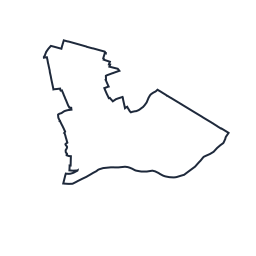 outline of Borcea, Calarasi, Romania, rotated 14°
{"feature_id": "2599482B41605099855928", "entity_name": "Borcea", "entity_type": "district", "adm_level": 2, "iso_a3": "ROU", "parent_name": "Romania", "parent_adm1": "Calarasi", "projection": "natural_earth1", "projection_center": [27.773, 44.309], "detail": "fine", "context": "isolated", "style": "outline", "palette": "slate", "viewbox_px": 256, "rotation_deg": 14, "n_neighbors": 0, "source": "geoboundaries", "source_scale": "gbopen_adm2", "svg_char_len": 5108}
<svg xmlns="http://www.w3.org/2000/svg" viewBox="0 0 256 256"><g transform="rotate(14 128 128)"><path d="M91.9,191.8L92.1,191.6L96.2,188.1L98.9,185.9L99.4,185.5L99.7,185.2L100.6,184.3L103.2,181.8L104.2,180.8L105.0,180.0L107.8,177.5L109.0,175.9L110.1,175.0L113.6,172.9L120.9,170.3L128.1,168.6L134.5,166.3L137.2,166.0L139.2,166.1L141.9,166.5L145.0,167.3L145.3,167.3L146.0,167.4L149.4,167.2L151.6,167.0L154.3,166.3L157.0,165.6L162.0,163.5L164.8,163.5L168.6,164.3L169.4,164.6L169.9,164.8L170.7,165.0L172.2,165.4L173.5,165.7L174.3,165.8L175.5,165.9L176.4,165.9L180.0,165.7L180.6,165.6L182.2,165.3L184.3,164.9L186.0,164.3L187.1,163.8L190.9,161.5L193.8,159.8L195.8,157.3L198.1,154.5L202.4,149.3L203.5,147.2L204.0,146.2L205.4,143.6L206.2,142.3L208.0,138.4L208.5,137.6L210.2,136.2L211.1,135.5L213.8,133.4L216.8,130.4L219.2,126.0L219.6,125.4L221.8,122.3L224.1,119.6L224.5,118.0L224.7,116.6L225.0,115.3L225.0,113.7L225.1,112.9L226.8,108.4L226.6,108.3L225.3,107.9L218.9,105.9L218.8,106.1L218.7,106.1L218.2,106.0L216.4,105.4L216.0,105.3L215.7,105.2L215.1,105.0L214.5,104.8L213.9,104.6L213.6,104.4L213.4,104.4L211.6,103.8L211.0,103.6L209.8,103.2L209.4,103.0L208.9,102.9L208.3,102.7L207.9,102.6L207.1,102.3L205.4,101.8L199.8,100.1L198.5,99.7L196.2,98.9L195.8,98.8L185.1,95.5L184.5,95.3L163.6,88.8L163.0,88.6L162.4,88.4L162.1,88.4L161.8,88.3L161.5,88.2L158.6,87.3L158.3,87.3L158.3,87.2L157.8,87.1L157.5,87.0L156.5,86.6L155.2,86.2L154.0,85.8L153.6,85.7L151.8,85.1L151.2,84.9L150.6,84.7L148.8,84.2L147.4,83.7L147.2,84.0L146.4,85.3L145.6,86.2L144.4,87.2L143.6,88.0L142.2,89.6L141.9,90.1L141.3,91.2L141.2,92.0L140.7,93.4L139.9,98.7L138.6,101.9L137.5,104.0L136.7,104.9L134.6,107.5L133.7,108.3L132.0,109.6L130.4,110.2L128.2,111.3L127.0,112.1L125.8,111.4L123.2,108.8L122.6,108.3L122.4,108.0L122.1,107.6L121.6,108.0L121.4,108.1L121.1,108.4L121.0,108.6L120.7,109.0L120.3,109.5L119.9,108.7L119.2,107.3L116.5,101.9L115.5,99.6L115.2,99.2L111.5,101.5L109.7,102.7L109.4,102.9L106.8,105.8L105.1,104.6L103.7,103.7L103.1,103.2L102.2,103.7L100.9,102.1L99.2,100.1L96.6,96.7L95.4,95.0L96.6,94.2L97.5,93.6L98.5,92.9L99.2,92.5L98.8,92.0L98.3,91.4L97.3,90.1L95.4,87.6L94.8,86.9L95.0,86.8L95.0,86.7L94.9,86.2L94.8,85.9L94.6,85.1L94.2,83.8L93.9,82.8L93.9,82.7L95.1,81.7L97.8,79.9L98.5,79.4L99.8,78.5L100.0,78.5L101.2,77.6L104.4,75.5L105.0,75.1L105.5,74.8L105.8,74.6L105.3,74.2L104.5,73.6L103.7,73.0L98.1,73.0L97.1,73.0L95.1,73.0L95.3,70.8L94.1,70.9L94.4,68.1L92.2,67.9L89.0,67.7L88.1,67.6L88.3,67.2L87.9,66.9L87.7,66.7L87.1,66.4L87.4,60.8L88.4,60.9L88.3,60.5L87.7,60.5L87.3,60.0L87.2,60.0L87.1,59.6L86.9,59.5L82.3,59.4L75.1,59.2L74.9,59.2L74.2,59.3L73.6,59.3L69.0,59.2L68.3,59.2L68.0,59.1L67.5,59.0L67.0,59.0L66.5,59.0L63.7,58.9L60.7,58.8L50.4,58.5L49.3,58.5L48.5,58.6L44.5,58.5L44.5,59.1L44.5,59.3L44.4,60.2L44.4,61.5L44.3,61.9L44.3,63.3L44.2,64.3L44.2,67.2L36.3,67.0L33.3,67.0L31.6,70.3L30.5,73.1L30.5,73.3L30.3,73.8L30.2,73.9L30.2,74.0L30.2,74.3L30.1,75.0L30.0,75.5L29.8,77.4L29.8,77.6L29.7,77.9L29.5,78.5L29.3,79.3L29.2,79.5L29.3,79.8L29.4,80.1L30.6,79.6L31.8,79.1L32.2,79.0L32.4,79.5L32.4,79.4L32.8,80.3L33.3,81.2L33.6,81.9L33.7,82.2L34.0,82.8L34.2,83.2L34.5,84.0L35.2,85.3L35.8,86.5L36.0,86.9L36.1,87.2L36.8,88.5L37.3,89.6L37.7,90.3L38.0,90.9L38.7,92.8L39.1,93.6L39.4,94.2L40.3,96.0L40.6,96.6L41.3,98.2L41.7,99.0L42.3,100.3L42.8,101.3L43.2,102.2L43.5,102.7L43.9,103.6L44.2,104.2L44.5,104.8L46.1,108.1L46.2,108.3L46.3,108.6L46.7,108.4L47.7,108.0L49.2,107.5L51.5,106.6L52.6,106.2L52.7,106.5L52.8,106.8L52.9,107.1L53.1,107.3L53.3,107.6L53.6,108.0L54.8,107.5L55.1,108.0L55.9,109.0L56.5,109.8L56.9,110.3L57.9,111.8L59.1,113.3L60.0,114.6L60.6,115.4L60.9,115.7L64.4,120.5L64.6,120.8L64.8,121.0L65.2,121.3L65.7,121.7L65.9,121.9L65.9,122.0L66.0,122.2L66.0,122.3L66.2,122.5L66.3,122.5L67.7,122.1L68.0,122.1L68.4,123.2L68.6,123.6L68.7,123.9L68.1,124.1L67.4,124.4L66.7,124.7L66.0,124.9L65.6,125.1L65.2,125.3L64.2,125.8L63.7,126.1L62.7,126.7L62.3,127.0L61.8,127.4L61.5,127.8L60.8,128.5L60.6,128.8L60.2,129.2L60.0,129.5L59.9,129.6L59.6,129.8L58.1,130.7L57.7,131.0L57.2,131.7L56.9,131.9L56.9,132.0L57.6,134.0L57.9,134.8L58.0,135.0L59.4,136.7L60.1,137.4L60.3,137.5L60.4,137.9L60.3,138.0L60.5,138.1L60.8,138.3L61.2,138.7L61.5,139.1L63.0,140.9L63.4,141.3L64.1,142.1L64.9,143.1L65.1,143.3L66.4,144.9L66.6,145.2L67.8,146.6L67.9,146.8L67.7,147.2L67.4,148.0L67.5,148.0L67.8,148.6L68.1,149.0L68.4,149.5L69.1,150.6L70.0,152.3L70.1,152.5L71.1,154.1L71.3,154.5L72.1,155.9L72.7,156.9L71.8,157.9L71.2,158.8L71.3,159.1L71.9,159.8L73.1,160.6L73.5,161.2L73.5,162.7L73.3,163.3L72.9,164.5L73.0,165.1L73.2,165.7L73.4,166.4L73.8,166.9L75.0,167.7L75.1,168.1L75.2,168.4L75.0,168.8L74.9,169.0L75.0,169.3L77.3,169.5L77.5,169.5L78.1,169.4L79.4,169.2L81.4,178.3L80.4,178.5L80.5,178.8L80.7,179.7L81.4,183.3L84.6,182.8L85.1,182.7L88.0,181.8L89.0,181.5L89.2,181.4L89.3,181.3L89.3,181.5L89.2,181.6L89.1,181.8L88.8,182.0L86.3,184.3L85.8,184.7L84.7,185.4L84.0,185.8L83.3,186.2L82.8,186.4L81.7,186.8L80.6,187.0L80.1,187.1L78.8,187.3L78.7,187.3L78.6,189.2L78.6,191.4L78.6,197.5L80.0,197.3L83.9,196.6L87.7,195.5L90.6,193.0L91.9,191.8Z" fill="none" stroke="#1e293b" stroke-width="2"/></g></svg>